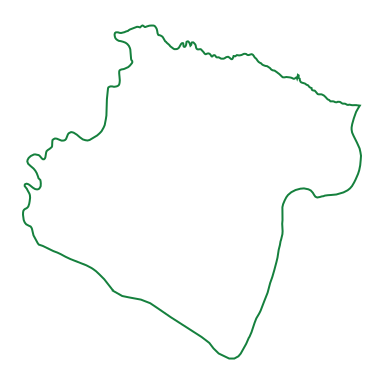 La Virginia, Risaralda, Colombia (Natural Earth projection)
{"feature_id": "7082276B71281345129005", "entity_name": "La Virginia", "entity_type": "district", "adm_level": 2, "iso_a3": "COL", "parent_name": "Colombia", "parent_adm1": "Risaralda", "projection": "natural_earth1", "projection_center": [-75.853, 4.903], "detail": "fine", "context": "isolated", "style": "outline", "palette": "green", "viewbox_px": 384, "rotation_deg": 0, "n_neighbors": 0, "source": "geoboundaries", "source_scale": "gbopen_adm2", "svg_char_len": 5708}
<svg xmlns="http://www.w3.org/2000/svg" viewBox="0 0 384 384"><path d="M125.9,31.5L124.4,32.2L121.0,33.0L119.4,32.8L117.9,32.3L116.0,32.3L115.0,33.0L114.6,34.3L114.7,35.9L115.2,37.7L115.8,38.7L117.0,39.8L118.7,40.8L121.0,41.2L123.2,41.8L125.5,42.7L127.3,44.0L128.9,45.9L129.9,48.1L130.3,49.5L131.1,59.1L131.4,60.0L132.2,61.1L132.3,61.7L132.3,62.3L131.9,63.2L129.9,65.6L128.2,67.1L124.7,68.7L123.6,69.1L121.7,69.4L120.5,69.8L119.7,70.3L119.4,70.8L119.2,71.7L119.2,73.5L119.5,76.7L119.8,80.4L119.6,82.6L119.3,84.1L118.8,85.1L118.1,85.7L116.9,86.3L115.5,86.6L114.0,86.8L112.1,86.4L110.5,86.4L109.3,86.8L108.3,87.5L108.0,88.5L106.9,99.2L106.4,115.6L105.8,119.4L104.7,125.1L103.6,127.6L101.5,131.3L99.6,133.3L97.1,135.5L89.6,140.0L87.5,140.5L85.4,140.2L82.8,139.4L79.9,137.3L76.9,134.7L73.7,132.7L72.4,132.3L71.1,132.1L70.0,132.6L68.7,133.3L67.9,134.4L66.1,138.9L65.2,139.9L64.2,140.4L63.0,140.6L61.5,140.6L56.8,138.7L55.0,138.5L53.5,139.2L52.5,140.1L52.3,141.6L52.1,146.1L51.7,147.1L49.7,148.8L47.7,150.1L46.5,151.3L46.1,152.7L45.4,157.2L44.9,158.4L44.1,159.2L43.1,159.3L42.0,158.6L39.8,156.0L38.7,155.1L35.2,154.4L33.9,154.5L30.8,156.0L28.7,157.9L27.6,159.9L27.3,161.5L28.1,163.7L30.2,165.7L33.6,168.6L35.3,170.7L36.7,173.1L38.0,176.5L38.5,178.2L40.3,180.0L40.6,181.4L40.8,183.4L40.7,185.1L40.7,186.0L40.4,186.8L39.4,188.4L39.0,188.8L38.2,189.2L37.3,189.4L36.3,189.3L35.0,189.0L32.9,187.7L29.8,185.2L28.5,184.3L27.4,183.9L26.6,183.7L25.9,183.9L25.0,184.3L24.8,184.6L24.7,185.3L24.7,186.1L26.9,188.9L27.4,190.0L29.4,193.6L29.9,195.2L30.1,197.8L29.6,201.6L29.2,203.8L28.3,206.5L27.4,207.6L26.3,208.4L25.3,208.8L24.1,209.7L23.4,210.8L23.1,212.2L23.0,214.7L23.5,218.5L23.7,219.9L24.3,221.5L24.9,222.7L26.2,224.3L29.0,225.8L30.6,226.5L31.3,227.5L31.8,228.4L32.2,229.8L32.5,231.2L33.5,235.4L37.8,243.3L38.8,244.6L42.7,245.9L53.4,251.1L57.4,252.6L60.8,254.2L65.6,256.8L70.5,259.1L86.3,265.3L91.5,268.0L93.3,269.2L96.0,271.2L99.3,274.3L104.2,279.2L112.3,289.6L112.8,290.0L112.7,290.6L122.2,296.0L129.0,297.4L140.9,299.6L150.2,303.2L157.5,308.1L170.6,317.1L201.6,337.0L209.3,342.9L213.5,348.4L218.7,353.5L229.1,358.5L234.4,358.5L238.4,356.3L240.7,353.6L246.2,343.8L248.8,337.8L249.5,336.8L251.5,332.2L254.6,322.8L256.3,318.4L259.2,313.5L260.6,310.7L264.2,301.3L267.6,292.7L270.2,282.9L272.3,277.0L274.3,270.1L276.5,261.8L277.5,257.6L278.7,249.8L279.9,245.1L280.5,241.5L281.1,239.6L282.4,234.2L282.6,231.3L282.2,223.8L282.5,220.2L282.4,207.2L283.1,204.2L284.7,200.4L286.3,197.3L288.0,195.0L291.3,192.2L295.6,190.0L300.4,188.7L304.0,188.4L308.4,189.3L310.8,190.5L312.8,192.7L314.1,194.9L315.4,196.7L317.2,197.5L319.9,197.0L321.8,196.4L323.4,196.2L324.9,195.6L327.9,195.2L330.9,195.0L336.3,194.5L343.5,192.4L347.6,190.3L350.0,188.4L352.0,186.1L354.1,182.5L355.6,179.5L358.0,174.0L359.2,170.3L360.2,165.3L360.7,160.0L361.0,155.8L360.4,152.1L359.6,148.5L356.9,142.5L353.5,135.7L352.1,132.5L351.6,129.6L351.6,127.5L352.2,124.1L353.8,118.4L356.1,111.9L357.9,108.7L359.8,105.6L357.1,105.3L356.0,105.1L352.5,105.2L351.6,105.1L349.7,104.7L349.1,104.7L348.2,104.9L347.2,104.8L345.3,103.8L344.9,103.7L342.6,103.6L341.6,103.1L340.5,102.2L339.8,101.9L338.5,101.8L337.7,101.8L336.9,102.2L336.3,102.3L335.0,102.1L334.1,101.6L332.9,101.3L330.4,101.3L329.3,100.1L327.8,99.4L327.4,99.1L325.6,97.1L323.9,95.5L321.9,94.5L321.1,94.3L318.6,94.3L318.1,94.2L317.6,94.0L315.2,91.1L314.6,90.6L313.2,90.5L312.2,90.0L311.9,89.7L311.7,89.1L311.6,88.1L310.1,87.5L309.2,86.8L308.3,85.6L307.7,85.1L306.9,84.9L306.3,84.6L305.5,83.9L304.8,83.5L301.8,82.6L301.0,82.2L300.6,81.8L299.9,80.4L299.7,78.7L299.2,78.3L297.9,77.6L297.9,77.2L298.1,76.6L298.3,76.6L298.6,76.6L298.7,76.2L298.4,76.1L298.5,75.3L298.2,75.1L297.9,74.9L297.6,76.9L297.1,78.6L296.6,77.3L296.4,77.4L296.4,77.5L295.4,78.1L294.6,78.6L293.9,78.8L293.2,78.6L292.4,78.2L291.2,77.7L289.8,77.4L286.3,77.0L284.9,77.3L283.2,77.3L282.6,77.2L280.8,75.5L280.2,74.9L279.0,73.8L278.0,73.1L277.0,72.3L274.7,70.7L274.1,70.5L273.0,70.4L271.7,69.8L270.9,69.2L270.5,68.6L269.9,68.0L267.2,66.2L265.3,65.9L263.7,65.3L263.0,65.0L262.2,64.5L260.8,63.1L260.1,62.9L258.7,62.0L257.7,60.9L256.2,58.7L255.3,58.0L254.6,57.3L253.9,56.1L252.9,54.8L252.2,54.4L251.6,54.2L250.3,54.5L249.3,54.9L248.1,55.1L247.2,54.8L246.1,54.0L245.6,53.9L244.7,53.8L243.8,53.9L241.5,55.0L239.6,55.4L238.8,55.4L236.9,55.1L235.2,56.3L234.7,56.3L234.0,56.0L233.6,56.0L233.3,56.9L232.7,58.4L232.3,59.0L231.8,59.2L231.2,59.1L229.0,57.3L228.2,56.8L227.3,56.9L226.2,57.2L224.5,58.3L223.4,58.7L222.0,58.7L221.0,58.6L220.3,58.2L218.9,57.4L218.6,57.3L217.1,57.4L216.6,57.3L216.3,57.1L215.1,55.5L214.5,55.2L213.9,55.2L213.3,55.4L212.4,56.4L211.9,56.5L211.5,56.3L210.6,54.9L209.6,53.8L209.0,53.6L208.3,53.4L207.2,53.6L205.8,54.2L205.3,54.1L204.5,53.5L203.6,52.2L201.0,49.4L200.6,49.2L200.0,49.2L198.2,49.4L197.4,49.3L196.7,48.8L196.2,47.9L195.9,46.8L195.8,46.0L195.3,44.5L193.8,42.8L193.3,42.4L192.0,42.4L191.6,42.9L191.4,43.4L191.3,44.7L190.9,45.2L190.4,45.7L189.9,44.1L189.5,43.1L189.0,42.3L188.5,41.7L188.1,41.4L187.4,41.4L187.0,41.6L186.6,41.8L186.4,42.5L186.2,44.4L185.8,45.6L185.3,46.4L184.9,46.8L184.5,46.9L184.1,46.8L183.7,46.5L183.5,46.0L183.3,43.7L183.2,43.3L182.9,43.1L182.4,43.1L181.8,43.3L181.0,44.1L179.1,47.4L178.6,48.0L178.1,48.4L177.3,48.9L176.3,49.1L174.3,49.1L173.5,48.7L170.3,46.3L169.5,45.2L168.8,44.5L166.7,42.7L166.0,41.8L165.2,41.3L162.9,37.3L162.3,36.6L161.7,36.2L160.7,35.6L159.3,35.1L158.7,35.1L158.3,34.9L158.1,34.5L157.6,33.4L157.1,30.4L156.6,28.7L156.0,27.7L155.1,26.4L154.3,25.8L153.2,25.5L151.5,25.5L149.3,25.7L146.7,26.5L145.4,27.0L144.8,27.0L144.1,26.5L143.3,25.8L142.5,25.5L141.8,25.8L140.0,27.4L138.3,26.9L137.0,26.8L129.9,29.5L128.6,30.3L128.0,30.9L125.9,31.5Z" fill="none" stroke="#15803d" stroke-width="2"/></svg>